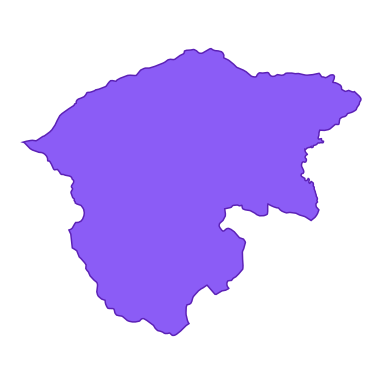 the district of Hiep Duc, Quàng Nam, Vietnam
{"feature_id": "81297802B47304896634130", "entity_name": "Hiep Duc", "entity_type": "district", "adm_level": 2, "iso_a3": "VNM", "parent_name": "Vietnam", "parent_adm1": "Quàng Nam", "projection": "mercator", "projection_center": [108.135, 15.518], "detail": "fine", "context": "isolated", "style": "filled", "palette": "violet", "viewbox_px": 384, "rotation_deg": 0, "n_neighbors": 0, "source": "geoboundaries", "source_scale": "gbopen_adm2", "svg_char_len": 5887}
<svg xmlns="http://www.w3.org/2000/svg" viewBox="0 0 384 384"><path d="M228.8,288.3L227.4,286.5L226.9,284.9L226.9,282.8L227.6,281.3L228.0,280.9L228.7,280.7L231.5,280.4L233.2,278.3L235.9,276.7L238.8,273.8L242.7,269.2L242.9,267.9L243.0,265.5L242.6,259.3L242.4,252.2L242.7,250.9L243.7,248.8L245.4,242.5L245.1,241.5L243.5,239.1L239.4,237.7L234.3,231.8L231.0,229.4L228.7,228.4L227.2,228.5L226.2,229.0L224.1,230.8L223.2,231.1L222.7,231.0L221.6,230.0L219.8,227.5L219.1,225.9L219.4,223.9L220.2,222.9L223.0,220.4L225.3,216.0L225.4,213.8L224.7,208.8L230.3,207.6L231.3,207.2L232.6,205.7L233.2,205.4L237.4,205.0L239.3,205.8L239.8,205.8L241.7,205.3L241.9,205.4L242.3,207.7L242.7,208.6L243.1,209.0L245.2,209.8L250.2,210.6L254.8,213.1L256.9,214.7L259.6,215.8L263.4,215.7L264.5,215.5L266.3,214.8L267.2,214.2L267.4,213.8L267.7,211.5L267.7,205.1L268.0,204.0L271.4,205.8L273.7,206.8L276.4,207.7L278.5,208.0L280.2,209.9L282.0,211.2L284.6,212.3L286.5,212.9L289.7,212.4L295.9,213.2L299.6,215.0L304.0,216.3L305.3,216.8L311.1,220.5L314.9,217.4L316.4,215.5L317.6,213.4L318.9,209.9L316.3,206.9L315.9,204.9L316.1,203.5L317.5,202.0L316.9,200.5L317.3,199.5L317.4,198.6L317.1,197.5L316.3,196.3L316.2,195.0L315.4,192.7L315.3,191.8L314.2,189.0L314.2,187.1L313.3,186.0L313.4,184.2L313.2,183.0L311.5,181.6L311.1,181.5L310.0,183.2L309.6,183.3L309.0,182.7L308.8,181.9L309.3,179.8L308.7,178.6L308.2,178.5L307.5,179.8L306.7,180.5L305.5,180.6L304.9,180.0L304.8,178.4L301.9,176.6L301.3,176.0L301.1,175.4L301.3,174.2L301.9,173.7L303.1,173.4L303.8,172.1L303.7,171.0L303.3,169.8L301.6,166.3L301.5,164.8L301.9,163.1L302.5,162.2L303.1,161.9L303.5,161.8L304.8,162.2L305.5,162.0L305.9,161.7L306.4,160.3L306.4,159.5L306.2,158.9L305.2,157.8L305.1,157.0L305.5,156.0L306.2,155.1L307.3,154.5L307.2,154.1L306.1,152.9L305.4,151.9L304.9,150.4L304.9,149.3L305.5,149.6L306.8,148.3L308.2,147.6L309.9,147.4L311.1,146.5L311.4,147.5L312.3,147.5L313.2,146.9L313.2,145.8L313.4,145.5L314.6,145.3L316.4,144.6L318.2,142.9L319.6,143.0L320.6,142.6L322.4,142.8L323.1,142.6L323.4,142.1L323.5,141.3L323.1,141.1L322.4,141.1L322.0,140.8L321.6,140.2L321.4,138.7L320.9,138.7L319.0,139.1L318.5,139.0L318.2,138.6L318.2,137.3L318.9,135.4L319.0,132.8L319.7,130.2L324.5,130.4L328.4,129.6L330.1,128.8L335.0,124.6L335.8,124.4L338.1,124.5L338.8,124.2L339.2,122.9L339.4,120.9L339.9,118.8L340.2,118.5L342.1,117.2L344.8,116.5L345.5,116.1L346.4,115.4L347.5,113.6L351.5,112.4L353.1,111.7L355.6,110.2L356.3,109.4L357.0,107.5L359.1,104.5L359.7,101.9L360.7,100.5L361.0,99.0L360.5,97.8L359.3,96.2L354.4,91.6L353.5,92.0L352.1,91.8L348.7,90.4L345.9,91.3L345.0,91.3L341.7,89.4L341.4,86.9L340.8,85.7L340.1,85.0L337.6,83.6L335.3,82.7L333.0,82.4L332.8,82.1L332.9,81.7L334.1,78.9L334.4,76.9L334.4,76.3L333.6,75.1L332.3,74.8L330.3,75.1L326.9,77.2L325.4,77.7L323.6,77.0L322.1,76.9L321.5,76.6L319.9,74.2L319.1,73.3L312.9,74.6L307.0,75.2L305.0,75.0L298.4,73.5L295.3,73.7L291.9,73.1L287.1,73.1L285.8,73.3L283.7,74.9L281.6,75.3L277.4,74.6L274.6,76.2L272.5,76.4L271.7,76.2L270.8,75.8L269.7,74.7L268.5,72.9L267.4,72.5L262.6,73.1L259.7,72.8L258.9,73.1L258.1,73.7L257.1,75.0L256.3,76.6L255.1,77.0L254.1,76.9L252.1,76.5L251.1,76.0L246.2,71.8L243.3,70.1L236.7,67.3L233.6,64.2L229.3,60.7L228.1,59.9L223.9,57.9L223.7,57.1L223.9,55.6L223.7,54.7L222.7,52.8L221.4,51.7L218.2,50.9L215.0,50.6L213.2,50.0L211.0,48.6L209.7,48.9L202.6,53.0L201.3,53.3L199.5,53.2L198.2,52.4L196.5,50.8L194.2,49.6L193.3,49.5L190.9,50.0L186.4,50.3L184.5,51.0L184.1,53.0L183.5,53.8L180.0,55.5L174.8,59.3L173.4,59.6L170.4,59.3L168.8,59.6L167.9,59.9L165.1,62.0L163.3,63.0L155.0,66.3L149.2,68.1L145.4,68.1L144.2,68.4L140.8,70.0L140.1,70.7L136.3,75.4L134.7,75.5L130.1,75.2L127.7,75.4L120.3,78.2L117.2,79.9L115.9,81.3L112.5,80.6L110.6,80.7L109.3,81.9L108.0,83.5L106.2,86.1L105.3,86.7L98.8,89.2L95.6,89.9L94.6,90.7L91.6,91.8L89.8,92.3L87.8,92.4L87.1,92.6L86.6,93.1L86.3,93.9L85.6,95.0L84.1,96.7L81.0,98.1L78.5,99.0L77.3,99.8L76.3,101.3L76.2,103.2L74.6,104.0L74.0,105.4L68.6,108.9L62.0,113.6L59.8,115.7L57.3,120.3L55.1,125.0L51.9,129.8L49.8,131.9L44.4,135.9L42.7,136.5L37.2,140.2L36.0,140.8L32.4,140.3L30.5,140.5L26.2,141.3L23.0,142.2L24.3,142.6L30.1,148.6L32.4,150.0L38.9,152.3L41.8,152.6L43.3,153.2L44.8,154.2L46.3,155.8L46.9,156.8L47.5,158.2L47.7,160.7L48.1,161.0L49.4,161.1L49.8,161.5L51.4,164.2L53.4,168.7L53.9,169.4L54.5,169.8L56.9,169.5L57.5,169.5L59.4,171.8L60.5,173.7L61.4,174.4L63.5,174.5L65.2,175.2L69.4,176.0L70.5,176.5L71.2,177.0L71.8,177.9L72.2,179.1L73.4,180.2L73.7,180.7L73.7,181.5L73.5,182.7L71.7,185.5L71.4,186.3L71.5,187.1L72.5,188.5L72.6,189.0L72.0,190.2L71.6,190.6L71.6,191.1L71.0,191.9L71.0,192.8L72.7,197.6L74.3,199.0L74.2,200.6L75.2,201.9L75.2,202.9L76.9,204.0L81.0,205.4L82.6,207.5L83.7,209.4L84.3,212.8L84.0,215.5L82.6,219.1L81.0,221.1L78.4,222.4L75.7,222.5L74.8,223.7L72.3,228.1L71.0,229.2L68.9,230.0L70.8,234.1L72.3,247.9L75.1,249.6L76.8,250.8L79.2,256.9L81.0,258.6L84.6,262.7L86.1,264.9L85.8,268.5L86.8,270.1L88.4,272.0L90.1,275.9L93.9,280.0L96.6,282.2L97.1,283.0L97.5,284.4L97.5,285.9L96.8,291.8L97.5,294.7L98.4,296.3L101.5,299.0L105.1,300.3L105.3,302.6L105.7,304.2L106.7,306.5L107.6,307.9L108.1,308.3L109.3,308.5L113.0,308.6L114.1,309.3L114.9,312.7L115.4,313.7L116.6,315.1L119.0,315.7L121.8,316.1L123.1,316.9L127.3,320.5L129.3,321.3L132.3,321.9L135.5,321.9L139.1,321.2L139.7,320.9L141.0,319.4L141.9,318.8L143.0,318.6L143.9,318.7L147.1,320.6L153.5,325.4L155.3,328.4L157.4,330.4L158.1,330.7L160.3,331.2L162.7,332.1L164.1,333.1L165.1,333.5L167.4,333.5L169.4,333.0L169.9,333.2L172.2,335.3L172.8,335.4L173.9,335.4L175.2,335.0L176.6,334.2L180.5,331.1L186.2,325.5L189.0,323.6L188.1,322.1L187.4,320.3L186.1,314.8L186.0,312.7L186.2,307.1L187.0,304.8L189.2,304.3L190.6,303.5L191.1,302.8L191.8,301.3L192.9,297.4L193.9,295.9L198.5,290.8L201.2,288.8L203.1,287.8L206.7,285.3L207.1,285.2L214.9,294.2L216.1,294.4L221.9,290.9L225.6,290.2L228.2,288.9L228.8,288.3Z" fill="#8b5cf6" stroke="#5b21b6" stroke-width="1.5"/></svg>